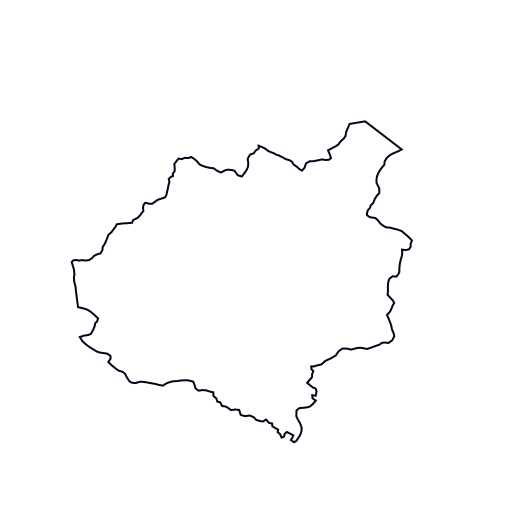 Itápolis, São Paulo, Brazil (Robinson projection), rotated 298°
{"feature_id": "56859067B39994933994670", "entity_name": "Itápolis", "entity_type": "district", "adm_level": 2, "iso_a3": "BRA", "parent_name": "Brazil", "parent_adm1": "São Paulo", "projection": "robinson", "projection_center": [-48.813, -21.543], "detail": "fine", "context": "isolated", "style": "outline", "palette": "ink", "viewbox_px": 512, "rotation_deg": 298, "n_neighbors": 0, "source": "geoboundaries", "source_scale": "gbopen_adm2", "svg_char_len": 4311}
<svg xmlns="http://www.w3.org/2000/svg" viewBox="0 0 512 512"><g transform="rotate(298 256 256)"><path d="M156.4,376.7L156.9,372.7L159.5,371.0L160.6,374.3L165.0,373.0L167.0,370.8L166.6,367.9L167.3,364.2L168.0,360.7L171.3,361.4L175.4,362.4L178.0,361.0L181.2,360.7L182.2,358.0L184.4,356.6L186.0,359.4L188.3,361.5L190.5,364.3L192.8,365.4L195.9,366.4L198.1,368.1L200.7,370.1L202.8,371.4L205.7,373.2L210.5,373.6L214.9,375.8L217.0,380.0L218.0,383.9L219.9,385.9L222.4,388.7L223.8,391.0L225.0,393.9L225.9,397.5L228.2,399.8L233.0,404.1L235.8,406.7L238.6,408.1L240.1,410.4L241.4,413.8L245.7,415.9L250.1,415.7L252.2,414.0L255.1,410.4L258.4,407.8L260.3,405.6L262.8,402.7L265.5,399.3L269.4,400.4L272.7,400.4L276.7,399.9L279.3,400.1L280.9,397.9L283.5,390.4L287.4,388.8L291.4,386.5L293.8,385.5L296.0,384.8L298.8,384.5L302.3,386.2L303.6,389.5L306.3,390.2L309.1,390.1L313.0,388.1L317.0,386.5L321.3,385.4L324.5,384.8L327.4,383.7L330.2,381.9L331.4,385.3L333.8,388.0L336.9,388.2L339.0,386.9L342.9,386.4L344.4,381.9L345.3,378.0L346.4,373.0L345.9,369.1L344.8,364.8L343.9,360.8L342.4,357.5L342.5,353.8L343.0,350.6L344.6,347.3L345.6,343.7L344.5,340.6L343.7,338.0L344.2,334.7L346.5,333.7L349.3,333.3L352.1,334.1L354.5,333.5L357.7,334.6L362.1,334.1L366.0,334.4L369.4,335.3L373.1,333.4L375.2,330.9L377.0,328.2L379.8,326.6L383.2,325.4L387.4,325.0L391.1,325.3L394.5,325.9L396.7,326.5L399.9,325.2L403.9,325.4L408.0,326.9L410.9,328.9L413.7,331.1L415.6,332.7L418.5,334.6L425.6,292.2L426.1,289.1L416.5,276.6L412.5,277.0L409.8,277.1L407.0,277.6L404.0,278.7L400.6,278.3L398.5,277.4L395.9,276.7L393.1,276.4L390.2,274.8L386.4,272.2L383.2,270.0L380.7,273.0L377.6,276.3L375.1,275.1L373.4,272.3L372.3,269.0L370.5,266.9L366.6,262.1L364.8,258.9L361.3,256.7L356.6,257.4L352.9,256.5L353.2,253.1L354.0,250.1L354.4,246.3L356.1,243.5L356.3,240.5L355.5,236.9L355.6,233.5L355.5,228.9L355.0,226.2L355.1,223.5L354.6,220.0L354.5,217.0L355.2,212.9L354.6,206.5L352.2,208.0L348.7,206.1L345.8,205.9L342.8,203.2L340.2,203.0L337.8,203.1L334.3,205.6L331.2,207.0L327.7,207.3L325.4,207.1L319.6,206.2L318.7,202.1L319.9,199.7L321.2,196.8L320.3,193.8L319.3,191.1L317.6,188.9L315.7,187.5L313.2,185.8L313.0,181.2L313.6,177.5L312.3,174.3L311.1,170.1L310.5,166.4L310.4,163.0L311.8,159.8L312.7,156.1L313.0,152.3L310.9,150.5L309.3,147.1L306.6,144.9L305.7,141.9L302.8,141.3L298.9,140.7L295.5,142.9L292.9,144.3L289.7,143.9L287.7,145.2L285.8,143.6L283.0,142.8L280.7,144.8L277.4,145.5L274.5,146.4L271.5,147.2L268.0,148.2L265.1,148.2L262.3,145.6L259.4,142.8L256.2,141.2L253.2,139.7L251.9,136.8L251.0,133.2L248.5,132.7L245.5,133.6L242.8,135.5L240.5,134.9L237.2,134.5L234.0,133.5L231.9,132.0L229.9,130.6L227.2,131.0L225.8,128.9L224.2,126.5L222.7,123.8L220.5,120.7L218.7,118.2L215.4,118.2L212.3,117.6L209.1,117.2L205.3,115.7L201.6,116.3L198.7,116.5L195.4,116.8L192.1,116.4L189.2,117.6L185.2,117.4L182.5,114.6L179.8,112.8L177.0,112.2L174.1,110.6L172.0,107.7L170.5,103.9L168.8,101.9L168.2,99.2L166.4,96.8L164.1,96.1L161.7,98.5L158.7,101.5L154.4,104.4L151.3,105.4L147.6,107.9L144.4,110.9L141.5,112.8L129.2,121.5L127.3,122.9L129.1,129.9L129.4,132.7L129.1,136.6L128.0,141.4L126.7,145.9L123.5,146.4L121.3,145.6L118.2,146.5L113.8,146.9L109.8,146.8L107.6,145.1L104.6,141.1L101.7,138.5L99.3,142.8L98.1,147.4L97.5,151.1L96.9,160.1L97.3,163.0L99.9,170.4L99.6,174.2L97.2,175.8L93.0,175.4L91.7,180.1L90.8,184.7L90.3,188.6L91.1,192.6L90.5,195.8L88.1,199.1L85.9,203.2L85.9,206.1L87.4,209.6L89.3,211.2L91.1,213.5L92.5,217.1L93.5,220.1L94.7,224.0L95.9,227.6L96.5,230.5L97.8,234.6L99.9,235.8L102.0,237.1L104.4,239.3L106.8,242.1L108.6,245.2L110.2,247.2L112.0,250.0L114.2,254.0L115.6,259.5L113.4,262.1L110.6,265.0L110.2,268.7L112.2,271.2L113.9,274.8L114.8,279.7L115.6,282.3L112.5,284.1L111.5,288.0L109.2,290.3L110.1,293.0L107.6,296.5L108.9,299.9L108.7,302.9L108.2,306.3L110.7,309.7L112.2,313.4L108.5,317.1L109.4,321.4L112.2,325.3L112.6,329.5L111.4,333.1L112.2,337.1L113.1,339.8L116.3,341.6L114.7,346.0L115.7,348.9L113.3,350.4L113.1,353.7L113.1,357.1L110.7,357.7L110.1,360.7L107.7,363.9L109.8,365.5L112.2,364.8L115.1,365.8L115.2,373.1L112.8,373.4L109.9,373.2L109.4,377.0L111.7,378.4L117.8,379.0L120.9,378.8L123.2,378.2L126.1,376.7L129.0,373.4L131.4,369.6L133.5,366.8L138.8,364.2L142.1,365.8L144.4,369.4L146.5,372.3L148.4,374.3L152.0,375.7L156.4,376.7Z" fill="none" stroke="#020617" stroke-width="2"/></g></svg>